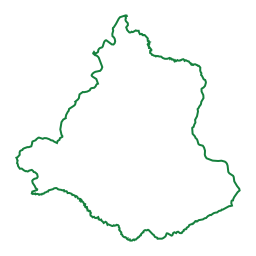 outline of Gigante, Huila, Colombia
{"feature_id": "7082276B55620946871412", "entity_name": "Gigante", "entity_type": "district", "adm_level": 2, "iso_a3": "COL", "parent_name": "Colombia", "parent_adm1": "Huila", "projection": "albers", "projection_center": [-75.538, 2.393], "detail": "fine", "context": "isolated", "style": "outline", "palette": "green", "viewbox_px": 256, "rotation_deg": 0, "n_neighbors": 0, "source": "geoboundaries", "source_scale": "gbopen_adm2", "svg_char_len": 5758}
<svg xmlns="http://www.w3.org/2000/svg" viewBox="0 0 256 256"><path d="M239.6,190.5L239.2,188.7L237.1,186.1L234.3,181.4L233.7,177.0L233.1,175.8L229.4,173.4L228.3,171.9L227.6,165.7L226.9,163.7L226.0,162.5L224.8,161.6L221.5,160.7L218.2,161.0L212.6,160.6L206.6,158.3L205.3,156.3L204.8,154.7L205.0,150.7L204.0,147.5L202.8,145.7L199.4,144.8L198.4,143.9L197.4,140.3L196.8,139.1L195.4,137.8L195.0,136.5L192.6,133.8L192.2,128.1L192.4,127.6L193.6,126.9L194.3,124.5L195.4,122.6L195.1,119.8L197.0,116.3L198.0,111.4L197.6,109.1L198.6,108.0L199.3,106.5L200.6,104.8L201.0,103.9L201.3,101.8L203.5,98.1L203.3,95.1L201.6,91.6L201.5,89.0L202.0,88.4L203.6,87.5L205.0,85.9L205.9,82.7L205.8,81.8L205.2,80.0L203.7,79.3L202.0,75.9L201.1,75.0L201.4,73.2L200.7,72.1L200.2,70.6L200.3,67.5L198.9,65.9L198.0,65.9L197.5,65.2L197.0,65.2L195.4,64.3L194.0,64.3L193.2,65.0L191.7,64.8L191.8,64.1L190.8,63.9L190.7,63.2L189.7,62.7L188.8,61.4L187.7,61.2L185.8,60.2L184.6,60.9L184.0,59.7L183.3,59.2L182.0,59.5L181.2,60.1L180.4,60.1L180.0,60.6L178.1,60.6L177.4,60.1L175.9,61.2L175.3,60.5L175.1,60.9L174.6,60.8L174.4,61.1L173.6,59.6L172.0,59.6L171.8,58.9L170.7,58.3L170.0,59.0L169.4,58.0L167.3,58.8L164.9,58.8L162.8,58.0L161.1,56.6L159.1,56.5L157.9,56.0L157.0,56.2L156.5,56.0L155.8,56.4L155.1,55.8L154.2,55.8L153.3,55.2L152.1,55.0L151.6,54.0L150.1,52.9L150.2,50.8L151.3,50.5L151.4,49.8L150.2,48.2L149.2,48.1L149.4,47.3L148.9,47.0L149.0,46.3L148.3,45.7L148.9,44.7L148.0,44.7L147.7,44.3L147.9,44.0L148.7,44.2L149.1,43.8L149.2,43.1L148.9,42.5L149.5,42.1L148.5,41.7L148.6,40.9L147.8,40.9L147.6,39.3L147.8,38.4L144.6,35.0L143.5,35.0L143.1,35.3L142.5,35.1L142.2,34.2L141.7,33.9L139.9,34.2L138.9,32.0L138.7,30.8L136.7,30.8L135.8,30.4L133.0,32.0L132.5,32.1L131.6,31.7L130.7,32.4L129.8,32.5L129.2,32.3L127.2,30.1L126.2,27.3L127.9,25.2L127.8,23.2L125.9,21.1L125.5,20.0L125.5,19.1L126.0,18.0L125.4,16.6L125.8,16.2L126.8,16.0L126.6,15.5L125.6,15.4L120.0,17.2L118.7,18.8L116.0,23.9L113.8,27.3L113.0,27.9L112.8,29.2L113.2,30.2L113.1,31.1L112.3,34.0L112.5,36.2L113.9,37.4L114.7,38.8L115.2,41.3L114.6,43.3L113.5,44.5L111.8,44.4L106.3,40.3L105.5,40.4L104.5,41.4L104.0,42.4L102.7,46.6L101.8,47.5L100.2,47.9L99.1,48.7L98.3,49.9L98.1,51.7L97.7,52.3L95.6,53.4L94.8,53.1L94.0,52.0L93.2,53.2L93.2,53.5L95.1,55.2L96.5,55.5L98.1,56.8L98.8,57.8L102.3,67.1L101.5,69.2L100.2,70.8L95.4,71.8L94.0,72.5L92.6,73.6L91.6,75.2L91.8,75.9L92.8,76.8L96.3,79.0L98.0,83.7L96.9,84.1L96.1,85.1L95.7,86.2L94.3,87.7L91.3,88.2L90.3,89.1L89.8,90.3L87.2,91.6L84.0,92.2L82.8,92.0L79.5,94.4L78.9,98.1L77.9,99.5L75.2,101.7L75.7,102.3L75.1,104.6L74.0,105.7L69.1,108.9L68.6,111.0L68.0,111.5L66.2,114.8L65.6,117.6L65.8,118.1L63.2,119.6L61.5,122.1L60.3,129.4L61.5,134.8L62.4,136.1L62.3,136.9L59.9,138.2L59.5,139.8L57.7,140.9L57.0,143.0L54.1,141.6L52.7,140.5L51.1,140.3L49.3,139.2L46.5,138.2L44.3,138.1L42.8,138.8L39.0,137.6L38.4,137.7L36.3,139.3L35.7,140.2L32.5,141.5L32.1,142.6L32.2,143.2L31.3,146.3L28.9,147.1L27.4,147.1L24.1,148.3L22.9,149.0L22.4,150.0L21.3,150.3L20.0,151.2L19.6,152.5L19.7,154.8L17.5,157.3L16.4,157.7L17.6,160.6L17.3,160.9L17.4,161.9L17.0,163.1L17.8,164.2L18.0,165.9L19.8,168.7L21.8,168.6L23.7,170.2L25.5,171.2L26.5,171.1L27.6,171.5L28.5,171.2L29.1,170.6L31.8,169.9L33.1,171.0L33.7,172.0L35.1,172.3L37.1,174.1L37.7,176.6L37.5,177.3L36.8,178.2L34.4,178.8L32.8,179.9L32.2,180.9L32.7,183.0L34.8,186.1L35.6,188.0L37.2,189.3L37.0,190.0L32.3,191.6L31.8,193.5L32.8,194.0L33.2,193.7L34.4,193.9L35.1,193.5L35.6,194.3L37.0,193.9L38.0,194.0L39.1,194.8L39.8,194.3L41.7,194.5L42.1,193.8L43.7,193.7L44.7,192.6L45.5,192.5L47.5,191.4L48.1,191.5L48.7,190.3L52.9,189.2L54.2,188.3L56.2,188.0L57.4,188.6L57.9,189.2L59.2,189.6L61.0,189.8L62.3,190.3L63.9,190.1L64.3,191.4L66.2,191.2L66.8,191.4L67.6,193.1L69.1,192.9L71.6,193.8L72.3,195.0L72.9,194.8L74.7,195.5L75.4,196.8L76.2,196.1L76.5,196.2L77.3,196.9L78.0,198.5L80.2,198.9L80.0,200.4L81.4,199.9L81.6,200.3L81.0,201.0L81.1,201.6L82.3,201.4L83.4,202.4L83.9,203.8L85.2,204.1L85.2,204.9L84.4,205.4L85.1,206.1L85.3,207.0L86.9,207.0L87.0,207.6L86.7,208.5L87.5,209.1L87.5,210.5L88.4,210.6L88.8,211.1L89.7,210.8L90.2,211.2L90.2,212.0L90.9,213.0L90.3,213.9L90.6,215.6L91.9,216.4L92.6,217.3L94.0,216.8L95.0,217.9L96.1,218.1L98.2,217.1L98.3,217.6L98.0,218.0L98.8,218.4L98.7,219.4L100.0,219.9L101.2,219.6L101.5,220.7L102.8,221.7L103.7,223.0L105.5,221.8L106.6,222.5L107.5,224.8L108.2,224.3L112.2,226.0L112.8,226.0L113.6,225.3L114.6,225.7L115.1,225.4L115.8,225.5L116.6,224.8L118.0,225.1L118.8,226.0L118.8,227.1L119.4,227.8L119.6,229.0L119.2,229.4L119.3,230.1L121.3,232.4L121.2,234.2L122.1,234.6L122.7,236.0L123.5,236.7L124.5,237.3L125.1,237.1L125.8,237.4L126.9,238.8L127.4,238.6L127.3,239.1L127.7,239.5L128.5,239.8L129.8,239.4L130.2,240.6L132.0,240.6L133.4,239.5L133.8,239.5L134.3,240.1L135.0,239.5L135.8,239.6L137.2,238.2L137.7,238.0L138.0,237.3L138.9,237.1L140.1,235.5L140.9,235.3L141.1,234.1L142.8,232.4L143.4,232.3L143.4,231.5L144.3,230.5L145.2,230.1L146.6,230.4L148.0,229.8L148.8,230.2L152.9,234.5L153.7,234.8L154.9,236.9L157.1,237.7L157.5,238.7L157.9,238.8L158.3,238.6L161.9,238.7L163.4,238.0L165.5,236.4L166.7,233.4L167.7,233.4L171.4,235.6L172.3,235.3L173.3,232.9L174.4,232.3L176.2,233.1L177.0,232.0L178.1,231.7L179.8,233.0L181.1,233.2L182.1,232.7L182.3,231.9L183.8,230.8L183.8,230.0L184.9,229.3L186.0,229.2L186.5,228.7L186.7,227.7L188.5,226.7L189.3,225.0L191.4,224.2L192.1,224.2L192.5,223.6L193.2,223.7L195.4,221.1L196.0,221.0L196.3,221.5L197.3,221.4L198.6,220.2L202.9,219.4L204.6,218.3L206.1,218.0L207.8,216.2L210.1,214.9L211.0,215.1L213.6,213.2L215.5,212.6L217.0,212.5L219.0,210.9L220.9,210.6L221.7,209.6L222.6,209.7L229.2,206.1L230.3,206.1L232.0,205.6L231.3,203.2L231.5,201.1L231.8,200.6L233.0,200.4L233.3,199.0L234.2,197.1L237.7,192.1L239.6,190.5Z" fill="none" stroke="#15803d" stroke-width="2"/></svg>